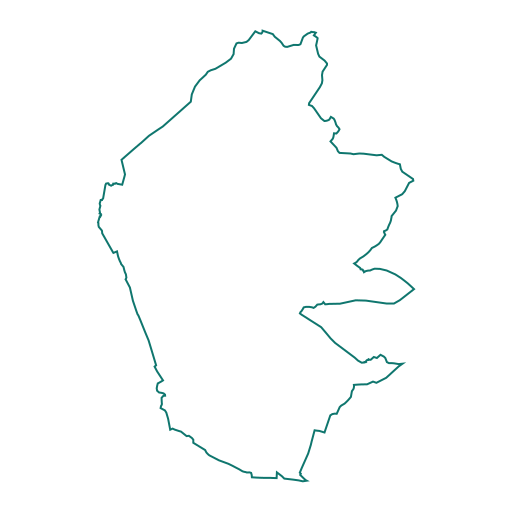 outline of Ticvaniu Mare, Caras-Severin, Romania
{"feature_id": "2599482B6579395870045", "entity_name": "Ticvaniu Mare", "entity_type": "district", "adm_level": 2, "iso_a3": "ROU", "parent_name": "Romania", "parent_adm1": "Caras-Severin", "projection": "natural_earth1", "projection_center": [21.657, 45.172], "detail": "fine", "context": "isolated", "style": "outline", "palette": "teal", "viewbox_px": 512, "rotation_deg": 0, "n_neighbors": 0, "source": "geoboundaries", "source_scale": "gbopen_adm2", "svg_char_len": 5559}
<svg xmlns="http://www.w3.org/2000/svg" viewBox="0 0 512 512"><path d="M402.5,363.7L398.7,364.1L396.3,363.7L393.9,363.3L391.4,363.1L388.9,363.1L386.9,362.1L385.3,358.0L383.9,356.6L380.5,354.8L376.9,358.0L373.8,357.0L370.8,359.7L370.3,359.8L369.1,359.7L368.8,359.4L368.5,359.2L368.2,359.5L368.2,360.0L366.8,360.2L366.1,361.0L365.9,361.5L366.1,362.0L365.8,362.2L365.4,362.2L364.9,362.1L364.4,362.0L364.2,362.5L361.7,362.7L358.0,360.6L354.7,357.6L335.2,343.0L333.6,341.4L330.5,338.3L327.2,334.3L326.1,333.0L321.2,327.2L311.3,320.9L301.3,314.5L299.9,313.4L300.5,312.1L301.5,311.1L302.8,309.1L303.7,307.4L305.8,306.9L309.4,306.9L312.0,307.3L313.6,307.9L315.4,306.7L316.4,305.6L317.3,304.6L318.9,304.4L320.4,304.3L322.4,303.5L323.4,302.1L325.2,304.3L326.9,304.2L329.1,303.9L340.0,303.7L355.7,300.3L365.9,300.6L386.4,303.5L394.0,303.5L399.8,300.2L414.0,289.1L410.9,286.2L407.7,283.3L404.3,280.6L400.9,278.0L395.3,274.4L386.7,270.5L379.9,268.9L374.7,268.7L373.1,269.2L371.8,269.7L370.1,270.5L368.0,270.6L365.8,271.1L364.0,272.2L363.7,271.3L363.5,270.7L362.8,270.5L362.7,269.7L361.7,269.3L360.6,269.3L360.2,268.0L357.0,265.7L354.2,263.5L355.7,262.7L357.0,261.7L358.2,260.1L359.9,258.5L363.4,256.4L366.5,254.0L367.5,253.1L368.5,252.2L370.3,250.2L371.9,248.0L374.7,246.6L376.5,245.5L378.8,243.9L380.2,242.3L382.6,238.7L385.3,234.8L385.2,234.5L384.6,233.7L384.4,232.9L383.9,232.0L384.1,231.1L385.4,230.7L386.4,230.1L387.3,229.5L388.2,227.0L389.1,224.8L390.1,222.8L390.6,221.4L391.0,220.1L391.2,218.7L391.5,217.4L391.6,216.1L396.0,210.6L397.7,206.1L397.4,204.0L396.9,201.8L396.2,199.7L395.4,197.7L402.2,194.2L404.8,191.2L409.1,182.9L413.3,180.7L413.0,179.0L402.3,171.7L400.8,168.9L399.9,164.3L397.8,163.7L395.7,163.0L393.6,162.2L391.6,161.4L384.3,156.9L381.8,154.8L376.6,155.3L363.7,153.7L359.4,153.5L353.5,154.2L350.4,153.5L339.5,152.9L337.9,151.2L336.5,147.8L330.5,141.4L332.8,138.7L333.3,137.4L333.6,136.0L333.8,134.7L334.0,133.3L336.4,133.5L337.3,132.5L338.2,131.5L338.9,130.4L339.5,129.2L339.0,128.4L338.4,127.5L337.7,126.8L337.0,126.1L336.0,124.3L335.6,122.8L335.1,121.4L334.5,119.9L333.7,118.6L330.9,116.9L329.3,119.6L328.2,120.2L327.1,120.6L325.8,120.9L324.6,121.0L324.4,121.0L321.0,118.3L314.0,108.2L312.0,106.0L308.9,104.9L309.1,103.2L319.9,87.1L321.9,83.3L322.4,80.2L322.0,75.1L322.6,71.6L327.0,64.9L327.0,63.5L324.6,60.6L319.4,56.6L318.1,53.8L316.1,45.4L316.6,43.2L317.6,38.5L317.6,38.1L316.7,37.3L315.6,36.5L313.9,35.4L315.8,32.7L314.8,32.4L314.1,32.1L313.7,32.1L312.8,32.1L311.2,31.8L310.9,32.1L310.6,32.5L307.7,33.6L303.8,36.4L302.9,37.6L300.5,44.1L300.4,44.2L299.9,44.5L299.4,44.7L298.8,44.9L298.3,45.0L298.0,45.0L293.7,44.9L287.2,46.9L285.1,46.7L283.6,45.8L281.6,42.8L280.0,41.0L275.7,37.5L274.8,36.8L272.8,34.1L262.6,30.7L262.6,31.5L262.3,32.3L261.9,33.0L261.3,33.6L259.0,33.2L255.3,31.3L248.7,40.1L246.5,41.9L241.9,43.0L238.6,42.7L236.5,43.4L234.0,48.7L233.6,54.1L231.0,58.7L225.7,62.7L215.4,68.8L210.7,70.3L207.8,71.8L205.8,74.7L199.7,80.3L195.0,86.6L191.8,94.4L190.8,101.7L162.8,126.5L158.4,129.4L149.1,135.7L148.3,136.4L140.9,143.1L140.2,143.6L134.0,148.9L121.5,159.8L125.0,174.4L124.4,176.8L122.2,184.7L117.6,183.9L117.0,183.6L116.2,183.1L115.6,183.3L114.9,183.6L114.6,183.6L114.6,183.8L113.2,183.7L113.0,184.8L112.1,185.1L111.1,185.7L108.9,184.6L108.7,183.6L108.1,183.2L106.1,183.6L105.5,184.8L105.2,186.3L103.8,194.5L103.1,198.5L101.9,199.7L101.9,200.0L100.7,200.0L100.0,202.5L99.7,203.4L100.0,205.0L100.4,205.8L99.4,209.5L100.0,212.7L99.6,213.5L100.9,214.1L100.7,215.2L101.0,215.3L100.2,216.8L99.7,216.6L98.3,221.4L98.0,222.6L98.4,223.0L98.4,225.1L98.8,226.9L101.6,230.2L101.9,230.7L102.0,230.9L102.2,233.1L102.2,233.3L113.0,252.3L113.4,252.9L117.0,251.4L117.1,251.9L118.0,256.0L118.3,257.0L119.0,259.0L119.9,261.2L120.8,262.9L121.1,264.0L123.5,266.9L124.3,270.2L124.9,272.2L125.9,274.3L126.4,277.6L126.0,278.6L125.9,279.0L125.6,279.3L129.9,287.5L132.9,300.7L136.4,311.1L137.6,314.4L138.3,315.3L140.2,319.8L145.3,332.5L148.6,340.4L152.0,351.6L156.1,365.3L154.6,366.6L155.7,368.7L156.9,371.0L157.5,372.0L157.7,372.3L163.0,380.4L161.6,381.3L158.8,382.9L157.8,383.4L157.2,385.6L156.7,388.3L157.1,390.7L159.1,392.5L160.7,392.7L161.2,392.8L161.8,392.9L163.6,393.4L165.0,394.6L165.1,395.7L163.4,395.8L161.6,397.8L161.6,399.1L161.8,403.1L161.9,403.7L161.8,404.6L161.0,406.1L160.6,408.1L164.9,410.4L166.3,412.6L167.0,415.0L168.1,418.7L170.2,429.7L172.6,428.6L174.7,429.6L176.8,430.3L178.9,431.0L181.0,431.6L186.6,436.1L188.9,435.8L191.9,438.0L193.3,439.7L193.3,442.8L205.2,450.1L205.6,451.0L206.0,451.8L206.5,452.6L207.1,453.3L207.8,454.0L208.5,454.7L209.3,455.3L210.2,455.8L218.9,460.3L228.4,463.8L228.8,464.0L232.3,465.7L235.7,467.5L239.2,469.3L242.5,471.3L244.1,471.8L245.7,472.1L246.9,472.5L249.6,472.4L251.1,472.9L251.4,473.9L251.7,475.0L251.8,476.2L251.9,477.3L256.6,477.6L261.4,477.8L266.2,477.9L271.0,477.9L273.0,478.0L276.6,478.1L276.9,472.4L281.9,476.2L284.3,478.6L293.0,479.6L298.7,480.4L302.8,481.3L306.7,480.7L305.6,480.1L305.0,479.5L304.4,479.0L300.2,474.9L300.8,473.7L299.8,472.7L301.7,468.1L308.1,453.7L308.3,453.1L310.8,445.0L311.6,441.6L312.3,439.0L314.6,430.3L317.2,430.7L319.3,430.9L324.5,432.5L330.3,415.4L332.3,414.1L333.4,413.9L334.4,413.7L335.5,413.7L336.7,413.8L339.0,408.7L339.7,407.1L341.2,405.6L344.6,403.6L346.3,402.0L347.9,400.4L349.4,398.7L350.9,396.9L351.9,391.2L353.5,388.9L353.8,387.9L353.9,387.2L354.0,386.4L354.0,385.7L353.9,384.9L357.7,384.6L361.5,384.4L361.8,384.4L362.1,384.4L362.4,384.4L367.1,384.3L373.0,381.6L376.4,382.8L386.2,377.8L398.7,366.4L402.5,363.7Z" fill="none" stroke="#0f766e" stroke-width="2"/></svg>